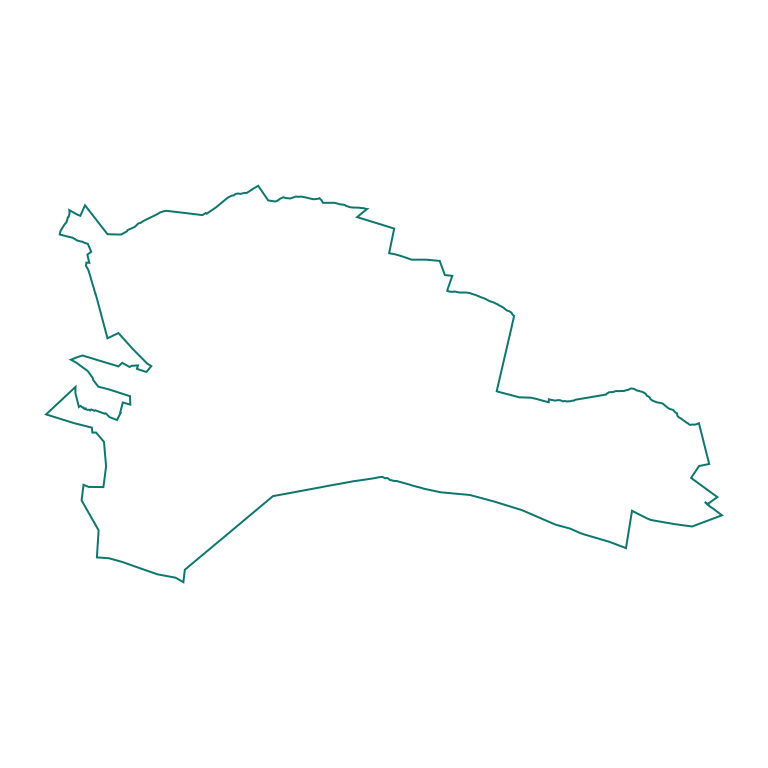 the district of Arteaga, Coahuila, Mexico
{"feature_id": "50627088B72985207362422", "entity_name": "Arteaga", "entity_type": "district", "adm_level": 2, "iso_a3": "MEX", "parent_name": "Mexico", "parent_adm1": "Coahuila", "projection": "mercator", "projection_center": [-100.619, 25.345], "detail": "fine", "context": "isolated", "style": "outline", "palette": "teal", "viewbox_px": 768, "rotation_deg": 0, "n_neighbors": 0, "source": "geoboundaries", "source_scale": "gbopen_adm2", "svg_char_len": 5852}
<svg xmlns="http://www.w3.org/2000/svg" viewBox="0 0 768 768"><path d="M183.4,582.2L184.8,569.8L190.6,564.9L195.3,561.0L206.2,551.9L214.1,545.3L222.9,538.0L240.6,523.2L243.8,520.5L273.0,496.1L281.9,494.5L304.4,490.3L320.2,487.4L326.3,486.2L334.4,484.7L338.0,484.1L345.6,482.7L353.7,481.2L361.0,480.2L367.6,479.2L374.4,478.2L379.0,477.2L382.5,476.9L385.1,478.3L386.8,478.0L388.3,478.5L389.9,480.0L391.9,480.3L393.8,480.9L396.6,481.0L406.3,483.7L407.6,484.1L409.0,484.4L411.4,485.3L418.1,487.1L421.2,487.8L423.8,488.7L440.9,492.3L470.0,495.0L489.9,500.4L494.4,501.6L520.9,509.8L521.4,509.9L533.9,515.3L545.9,520.5L555.4,524.6L570.1,528.6L579.8,532.9L584.1,534.4L609.6,541.9L616.2,544.4L626.0,548.1L632.0,510.8L647.2,518.5L650.4,519.8L651.0,520.0L674.4,524.1L692.1,526.5L721.9,515.3L712.7,508.3L709.9,506.5L709.5,506.4L709.6,506.1L709.3,505.5L708.8,505.0L707.8,504.5L707.6,504.7L705.4,502.6L705.5,502.4L707.8,503.9L717.4,497.1L691.1,477.9L699.1,466.0L709.2,464.0L708.6,461.7L698.9,423.2L696.6,424.2L696.3,424.3L695.1,424.6L693.7,424.6L692.8,424.6L691.8,424.6L690.6,424.8L689.7,424.8L688.7,424.1L687.8,423.2L686.4,422.6L685.7,421.9L684.6,421.2L683.4,420.3L682.3,419.6L681.1,418.5L679.5,417.7L678.2,416.8L677.8,416.3L677.2,415.3L677.2,414.4L677.1,413.4L675.5,412.6L674.3,411.4L673.2,409.9L671.3,409.4L669.6,408.9L667.9,407.9L665.8,406.2L664.5,405.1L663.1,403.8L661.6,403.2L657.2,402.4L655.7,401.9L653.7,401.1L652.0,400.3L650.4,399.0L649.8,397.6L648.8,396.6L647.8,396.2L646.8,395.7L646.2,394.4L645.3,393.5L644.4,393.0L643.8,392.6L641.9,391.7L640.3,391.4L639.0,390.9L637.6,390.7L636.6,390.3L635.6,389.8L634.1,388.9L632.5,388.6L630.9,388.5L630.0,388.8L629.0,389.5L627.7,390.0L626.0,390.2L625.2,390.6L624.3,390.9L623.3,391.0L622.1,391.0L620.9,391.0L619.4,391.1L618.1,391.2L617.3,391.0L615.8,391.1L614.6,391.4L613.9,391.8L612.9,392.0L611.9,392.1L610.7,392.1L609.9,392.2L609.0,392.3L608.3,392.7L607.7,393.2L606.8,393.6L606.2,394.5L595.8,396.3L592.8,396.8L585.2,398.1L576.1,399.6L575.6,399.7L574.6,400.1L574.0,400.6L572.7,400.7L571.4,400.8L570.7,401.2L568.3,401.3L567.4,401.5L566.3,401.3L565.1,401.1L564.2,401.0L563.3,401.3L562.7,401.4L561.5,400.7L559.8,400.2L558.4,400.1L557.0,400.3L555.8,400.5L554.4,400.5L553.4,400.3L552.2,400.0L550.8,399.8L549.8,399.5L548.9,399.3L548.7,402.3L545.0,401.3L536.3,398.9L530.9,397.7L519.2,397.3L517.4,396.8L498.0,391.7L496.7,391.2L507.9,343.0L510.7,331.0L513.6,318.3L514.0,315.8L513.7,315.5L512.5,314.6L511.6,312.8L510.9,312.4L510.0,311.7L509.1,311.2L508.0,310.9L506.3,310.1L503.7,307.9L503.0,307.4L502.1,306.9L501.2,306.4L500.1,305.8L499.0,305.4L498.5,304.9L497.4,304.2L496.6,303.9L495.7,303.5L494.3,302.8L492.8,302.1L492.2,302.0L491.0,301.6L489.9,301.1L488.5,300.6L486.9,299.7L485.6,299.0L484.2,298.4L483.4,298.1L482.4,297.7L481.7,297.5L480.7,297.2L478.7,296.2L477.3,295.7L475.9,295.1L474.7,294.7L473.3,294.3L472.0,293.9L471.1,293.5L469.7,293.1L468.0,292.8L467.1,292.6L465.4,292.5L464.1,292.5L462.2,292.5L460.6,292.6L460.3,292.5L459.5,292.5L457.8,292.2L456.6,292.0L455.5,291.6L454.8,291.6L453.9,291.6L453.1,291.7L452.5,291.9L450.4,291.7L448.4,291.3L447.4,291.1L447.4,289.9L452.3,275.8L444.9,275.1L439.7,260.9L426.4,259.7L411.6,259.7L401.4,256.1L395.0,254.3L389.1,253.2L392.6,236.3L394.2,228.6L380.5,224.3L369.7,221.0L357.1,217.1L367.0,209.0L365.6,208.9L364.4,208.3L361.7,208.0L359.7,207.8L357.2,207.6L354.0,207.6L350.8,207.3L349.7,207.1L347.9,206.5L345.6,205.7L344.8,204.9L340.0,204.3L334.6,202.8L326.5,202.8L322.9,202.8L321.7,200.5L319.5,198.2L318.6,198.6L316.6,199.0L314.5,199.2L313.4,199.2L312.2,199.0L304.5,197.2L301.3,196.6L298.3,196.8L295.8,196.6L290.2,198.5L285.5,198.0L283.3,197.2L279.6,199.0L278.1,200.3L276.9,200.9L275.6,201.4L274.4,201.4L268.2,200.4L258.2,185.8L253.3,188.7L246.7,193.0L244.7,192.9L240.3,193.9L238.1,193.5L235.4,194.0L233.9,195.3L231.4,195.8L227.7,197.7L216.1,207.3L206.7,213.7L205.8,213.0L202.3,215.1L187.6,213.3L166.3,210.8L163.6,211.3L160.2,212.4L157.6,214.0L143.4,221.0L140.3,223.0L138.4,223.4L134.8,226.9L127.6,230.1L126.9,231.4L121.2,234.5L117.7,234.5L107.5,234.2L85.0,205.3L82.6,210.7L80.3,215.8L77.5,214.7L72.6,212.0L69.3,210.1L69.6,213.5L69.4,213.8L69.3,214.2L69.2,214.6L69.0,215.6L68.8,216.3L68.4,217.1L68.1,217.0L67.4,218.4L67.4,219.1L67.2,220.0L67.0,220.6L66.5,221.5L66.5,222.5L65.6,223.2L65.1,223.8L64.6,224.5L64.4,224.7L63.4,226.1L62.7,227.3L62.1,228.4L61.9,228.8L61.7,229.0L61.5,229.3L61.2,229.8L61.0,230.0L60.6,230.6L60.6,230.8L60.4,231.7L60.3,231.9L60.1,232.5L60.0,233.1L59.7,234.4L59.7,234.5L60.6,234.8L61.6,235.0L62.4,235.2L63.5,235.5L66.1,236.1L67.8,236.6L70.9,237.3L72.5,237.7L72.8,237.8L73.3,238.1L74.4,238.8L74.9,238.9L75.6,239.5L76.7,240.3L79.3,241.1L80.9,241.5L82.2,241.6L83.1,242.1L84.9,243.0L85.8,243.2L86.7,243.5L87.8,243.8L91.2,251.8L87.4,254.6L87.9,257.1L89.3,262.8L87.6,262.7L86.4,262.6L86.1,264.8L85.9,265.5L88.1,269.6L88.2,269.8L88.4,270.2L89.5,273.7L89.9,274.9L91.7,281.3L93.6,287.6L93.7,287.8L94.2,289.8L94.8,291.7L95.2,293.2L95.3,293.6L95.4,294.1L95.6,294.0L96.8,298.2L107.5,338.3L118.4,333.0L132.5,348.7L147.1,363.5L151.3,366.1L149.2,368.7L146.4,372.0L136.9,368.9L138.0,365.4L131.8,365.8L129.6,367.0L122.2,362.8L118.5,366.4L82.5,355.5L77.2,357.2L70.9,359.7L76.6,362.9L87.8,371.1L92.8,378.1L93.1,379.9L98.3,386.7L108.6,389.3L130.0,396.2L130.3,404.6L122.8,402.5L120.2,412.6L120.7,412.8L117.0,420.0L109.5,417.1L106.0,413.6L105.4,413.3L104.9,413.3L104.5,413.7L100.5,412.2L95.3,410.3L94.5,410.8L91.4,409.5L90.2,410.4L89.9,409.8L87.5,409.8L85.1,409.1L85.4,408.5L83.7,408.3L83.4,407.5L82.4,407.5L80.6,405.9L79.6,406.4L78.9,407.0L75.4,393.2L75.5,386.9L46.1,414.4L73.9,423.1L91.8,427.6L92.4,432.6L96.0,432.5L104.0,441.9L104.9,452.7L106.1,466.3L104.9,475.6L103.4,487.1L88.6,486.9L83.5,484.8L81.6,500.4L98.6,530.3L96.9,557.4L108.7,558.2L122.5,562.0L128.6,564.2L139.9,568.2L149.0,571.4L157.8,574.4L175.6,577.7L183.4,582.2Z" fill="none" stroke="#0f766e" stroke-width="2"/></svg>